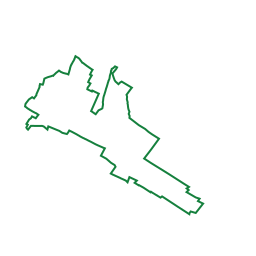 Chankom, Yucatán, Mexico (Equal Earth projection), rotated 298°
{"feature_id": "50627088B93169403456480", "entity_name": "Chankom", "entity_type": "district", "adm_level": 2, "iso_a3": "MEX", "parent_name": "Mexico", "parent_adm1": "Yucatán", "projection": "equal_earth", "projection_center": [-88.544, 20.463], "detail": "fine", "context": "isolated", "style": "outline", "palette": "green", "viewbox_px": 256, "rotation_deg": 298, "n_neighbors": 0, "source": "geoboundaries", "source_scale": "gbopen_adm2", "svg_char_len": 5189}
<svg xmlns="http://www.w3.org/2000/svg" viewBox="0 0 256 256"><g transform="rotate(298 128 128)"><path d="M146.3,40.1L144.8,39.5L142.9,38.6L141.8,38.3L141.1,38.0L140.9,38.0L140.3,37.8L139.6,37.5L139.0,37.5L138.8,36.8L137.8,36.0L135.5,33.6L134.6,32.8L133.5,31.9L132.3,31.0L127.8,32.2L126.2,32.4L125.5,29.7L123.4,30.2L122.8,30.7L114.8,31.3L113.9,31.7L110.0,31.1L110.2,28.9L106.7,27.1L101.4,26.2L100.8,26.3L98.7,27.0L98.6,27.4L98.6,27.7L98.5,28.6L98.4,29.2L98.2,29.7L98.2,30.2L98.1,30.7L98.1,31.2L98.1,31.4L98.0,32.4L98.0,32.6L97.9,33.0L97.9,34.2L97.9,34.6L97.8,35.4L97.8,35.9L97.8,36.1L97.8,36.3L97.8,36.7L97.8,38.0L97.8,38.4L97.8,38.5L97.8,38.8L97.8,39.0L97.8,39.3L97.9,39.9L97.9,40.2L97.9,40.3L97.9,40.5L97.8,41.0L97.7,41.6L97.7,41.9L97.7,42.1L97.6,42.7L97.1,42.6L96.7,42.5L96.2,42.4L95.9,42.4L95.5,42.3L94.8,42.2L94.2,42.1L93.9,42.1L93.7,42.1L93.3,42.0L93.3,41.2L93.3,40.3L93.2,40.0L93.2,39.8L93.2,39.5L93.2,39.1L93.2,38.8L93.2,37.8L91.0,37.7L89.0,36.7L88.6,36.7L83.9,36.4L83.9,38.0L80.7,38.0L80.3,38.6L79.9,39.4L79.7,40.1L79.6,40.5L84.3,41.3L88.6,49.5L89.5,51.1L89.8,52.8L88.8,57.6L92.0,56.9L92.8,65.0L93.2,68.8L92.9,72.3L94.0,76.9L96.2,77.3L97.2,77.2L98.2,77.3L98.2,78.3L98.2,78.6L98.3,79.6L98.3,80.0L98.3,80.8L98.3,81.7L98.3,82.8L98.3,83.4L98.3,84.0L98.3,84.3L98.3,84.7L98.3,85.1L98.3,85.5L98.2,87.4L98.2,88.2L98.2,88.9L98.1,89.3L98.1,90.2L98.1,91.4L98.1,92.1L98.1,92.3L98.1,93.1L98.2,93.8L98.2,94.6L98.2,95.2L98.2,95.5L98.3,96.4L98.3,96.8L98.3,97.3L98.3,97.7L98.3,98.3L98.3,98.5L98.3,99.0L98.4,101.5L98.4,102.1L98.4,102.7L98.4,103.6L98.4,104.4L98.4,105.7L98.4,106.8L98.4,107.1L98.5,108.6L98.5,109.2L98.6,110.2L98.7,111.8L98.8,112.9L98.9,113.9L98.9,115.0L99.0,115.4L99.2,117.1L90.8,117.1L90.7,123.3L89.3,129.3L89.0,133.6L87.9,135.2L79.7,134.2L79.7,134.4L79.7,134.7L79.7,134.8L79.7,135.2L79.7,135.5L79.7,136.2L79.7,136.5L79.7,136.9L79.8,137.2L79.8,137.5L79.8,137.8L79.8,138.3L79.8,138.7L79.9,139.0L79.9,140.0L80.0,140.7L80.0,141.3L80.0,141.5L80.1,142.5L80.1,143.0L80.1,143.3L80.2,143.7L80.2,143.9L80.2,144.3L80.2,144.5L80.2,145.0L80.2,145.6L80.3,146.6L80.3,146.9L80.3,147.2L80.4,147.7L80.4,148.4L80.4,148.6L80.5,149.3L80.5,149.5L80.5,150.2L80.5,150.5L80.5,150.8L80.4,151.3L80.3,151.6L80.2,152.0L79.9,152.7L79.8,153.1L85.3,152.3L85.7,160.5L82.7,159.6L82.4,164.4L82.7,164.5L82.6,169.6L81.8,178.1L82.5,178.2L82.3,180.1L81.8,189.4L83.6,190.2L82.4,203.3L81.9,208.5L80.7,222.6L81.6,222.3L83.7,222.5L84.8,227.7L96.5,229.8L96.3,224.1L99.2,224.4L98.7,221.7L98.5,220.4L98.9,209.8L101.7,210.7L102.2,208.2L103.1,208.8L103.5,209.0L103.8,209.1L104.6,209.5L105.1,202.6L105.2,201.5L106.5,185.7L107.9,164.5L108.6,156.6L119.9,158.5L133.1,160.4L133.7,152.1L134.2,147.9L135.2,143.6L135.6,136.2L137.6,124.5L139.4,123.8L140.8,122.0L142.2,121.8L142.7,121.7L143.1,121.6L144.1,120.3L144.8,119.6L145.5,119.0L146.0,118.6L147.7,117.4L148.4,117.0L149.5,116.0L149.9,115.9L150.6,115.6L152.8,113.5L155.0,112.6L155.7,112.1L156.6,111.1L164.0,112.2L165.4,112.5L166.0,100.6L164.3,99.6L162.2,99.0L162.6,97.4L162.8,96.8L163.1,95.3L163.9,93.8L164.2,93.4L164.8,92.8L165.3,92.2L167.1,90.3L168.9,88.6L169.0,88.7L173.6,89.7L175.0,89.9L176.4,89.9L176.3,87.6L174.1,86.9L172.6,85.9L172.2,85.9L171.8,86.2L170.2,86.2L169.2,86.8L165.8,87.4L163.4,88.3L162.2,88.6L160.5,88.6L160.1,88.8L158.5,89.0L157.8,89.2L153.8,90.0L153.0,90.1L152.9,90.1L152.4,90.2L151.9,90.3L150.2,90.7L147.1,91.3L146.2,91.5L145.2,91.6L143.4,92.0L140.8,93.0L140.2,93.3L139.7,93.4L139.0,93.6L138.2,94.2L137.1,94.9L133.4,96.1L132.6,95.8L129.8,93.7L125.0,93.0L125.1,91.5L125.3,90.6L125.4,89.2L125.6,88.0L125.6,87.5L135.0,86.8L144.6,86.1L144.4,81.7L144.4,80.8L144.4,80.1L144.3,78.9L143.3,79.0L143.1,73.9L144.0,73.6L144.9,73.4L146.6,73.7L147.5,73.9L148.4,73.8L149.7,73.9L149.7,73.3L149.8,71.5L149.8,71.3L150.9,71.2L153.2,71.1L155.0,71.2L157.4,71.3L157.3,69.7L157.3,69.4L159.6,69.3L160.1,69.3L160.6,69.3L161.5,69.3L162.5,69.4L162.8,69.4L162.8,68.5L162.9,67.6L163.0,66.7L163.0,66.4L163.1,66.1L163.1,65.8L163.2,65.6L163.2,65.4L163.2,64.9L163.3,64.4L163.3,64.2L163.4,63.8L163.4,63.2L163.5,62.8L163.5,62.5L163.6,61.9L163.7,61.5L163.7,61.2L163.8,61.0L163.8,60.8L163.8,60.6L163.9,60.3L163.9,60.0L164.0,59.4L164.1,59.1L164.1,58.8L164.2,58.5L164.2,58.0L164.3,57.7L164.2,57.0L164.2,56.8L164.3,56.7L164.5,56.3L164.6,56.2L164.8,55.7L165.0,55.3L165.1,55.1L165.2,54.9L165.4,54.4L165.5,54.1L165.7,53.9L165.8,53.7L165.9,53.4L166.1,53.0L166.2,52.7L166.4,52.1L166.5,51.8L166.5,51.4L166.6,51.2L166.6,50.8L166.6,50.3L166.6,49.8L166.6,49.6L166.6,49.4L166.6,49.1L166.7,48.5L166.8,48.1L166.8,47.9L166.5,47.9L166.4,48.0L165.9,48.0L165.5,48.1L165.2,48.1L164.7,48.2L164.2,48.3L164.0,48.2L163.7,48.3L163.4,48.4L163.1,48.4L162.8,48.4L162.5,48.4L162.3,48.4L162.0,48.4L161.3,48.4L161.0,48.3L160.8,48.3L160.6,48.3L160.2,48.3L159.9,48.3L159.7,48.3L159.3,48.3L159.0,48.3L158.7,48.3L158.4,48.3L158.0,48.2L157.7,48.3L157.2,48.3L156.9,48.3L156.7,48.2L156.3,48.3L156.1,48.3L154.9,48.5L153.8,48.7L153.0,49.0L147.3,50.2L147.2,49.0L147.1,48.6L147.0,48.0L146.8,47.6L146.8,47.3L146.7,47.0L146.6,46.7L146.5,46.2L146.4,45.8L146.2,45.0L146.2,44.7L146.1,43.8L146.1,43.3L146.1,43.2L146.0,42.8L146.0,42.6L146.0,42.3L146.1,41.9L146.1,41.6L146.2,41.0L146.3,40.1Z" fill="none" stroke="#15803d" stroke-width="2"/></g></svg>